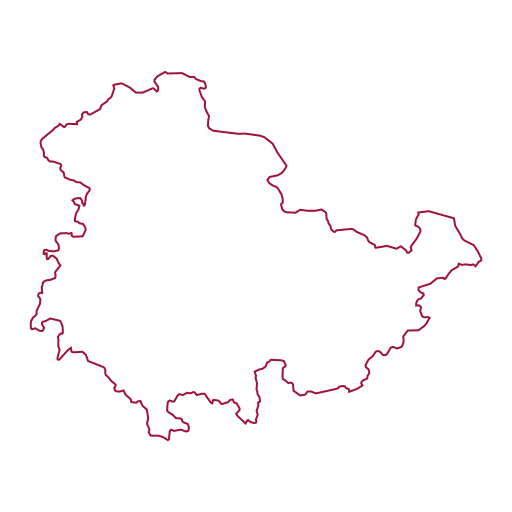 an SVG outline of Thüringen
{"feature_id": "DEU-1577", "entity_name": "Thüringen", "entity_type": "State", "adm_level": 1, "iso_a3": "DEU", "parent_name": "Germany", "parent_adm1": "", "projection": "albers", "projection_center": [10.909, 50.922], "detail": "fine", "context": "isolated", "style": "outline", "palette": "rose", "viewbox_px": 512, "rotation_deg": 0, "n_neighbors": 0, "source": "natural_earth", "source_scale": "10m", "svg_char_len": 5914}
<svg xmlns="http://www.w3.org/2000/svg" viewBox="0 0 512 512"><path d="M44.6,157.0L43.8,155.7L44.0,153.3L43.2,149.6L41.5,147.5L40.6,143.2L40.5,142.2L41.7,139.3L53.0,130.0L54.9,127.8L58.2,126.0L59.8,123.9L64.1,127.1L64.8,126.9L66.7,124.3L69.1,123.8L77.1,124.2L76.7,121.9L80.8,119.7L82.4,116.7L82.0,115.1L82.3,113.9L83.6,112.4L86.8,112.0L88.3,114.3L90.4,114.5L100.0,109.1L101.7,105.0L107.0,101.5L108.1,99.5L110.7,97.6L111.8,96.0L114.3,88.4L113.4,85.9L113.5,84.9L121.0,83.4L122.5,83.7L130.2,87.8L135.8,92.6L142.7,92.6L152.5,88.3L153.5,88.3L156.8,91.5L158.1,90.3L158.2,87.1L154.3,81.2L154.6,79.6L157.4,76.4L165.2,71.9L167.7,73.5L182.1,73.1L189.4,76.9L194.1,77.0L196.1,79.1L201.4,81.3L203.6,81.3L204.9,82.9L205.6,85.1L205.9,87.5L205.2,88.3L203.7,88.7L200.6,87.7L199.4,89.0L199.5,90.4L201.8,97.0L205.1,101.4L204.8,107.4L207.3,113.1L209.0,115.9L208.1,121.7L207.9,125.9L209.2,128.3L213.5,130.8L238.3,133.8L245.2,133.6L260.1,135.7L264.2,137.1L272.7,143.7L277.1,152.0L286.5,165.8L285.1,169.0L281.8,173.0L277.7,175.3L269.5,177.0L267.4,180.1L269.3,183.2L272.9,185.6L276.4,186.9L278.1,188.7L281.6,194.6L282.6,198.8L282.8,202.5L281.0,204.3L282.2,209.0L283.8,211.1L286.5,212.3L295.4,212.7L300.3,209.8L307.7,210.8L315.2,210.8L321.7,209.5L325.9,212.6L326.3,213.7L326.6,218.8L328.1,221.3L328.5,223.2L330.4,226.0L331.3,229.5L333.5,231.5L334.7,232.0L336.7,230.3L351.3,228.9L353.2,229.2L356.7,231.9L364.7,235.4L367.1,237.6L368.1,240.6L369.6,242.3L374.9,245.1L375.3,247.4L375.7,247.8L387.0,245.9L396.4,248.7L400.9,246.3L406.1,250.5L407.3,252.7L408.7,252.8L411.6,250.3L410.9,248.1L411.2,246.0L416.7,238.6L420.4,231.5L420.4,229.7L419.6,228.1L418.2,226.7L415.6,225.7L415.2,224.8L415.9,219.5L418.6,214.4L418.3,212.5L428.7,211.2L453.9,218.3L455.3,226.0L460.4,234.5L462.2,238.4L464.4,240.5L473.7,245.1L477.7,251.2L481.3,258.5L481.3,260.4L478.6,262.0L475.6,266.3L473.3,264.4L470.8,265.0L465.5,264.4L462.0,264.9L458.8,263.7L458.1,266.4L451.6,270.3L448.3,274.3L445.5,278.7L444.4,278.9L444.3,278.3L442.6,277.7L436.7,278.5L430.4,283.7L418.6,287.5L418.4,290.1L420.5,292.3L423.2,293.4L423.8,294.9L421.2,298.4L419.1,298.9L417.4,300.3L416.2,303.3L416.2,305.6L418.9,305.3L420.7,306.6L421.0,307.4L420.2,311.0L421.4,314.6L422.5,316.5L424.3,317.3L428.0,317.1L429.6,317.8L426.4,323.6L424.5,325.8L418.5,330.3L407.8,330.5L403.3,336.4L403.6,341.5L402.5,345.5L401.3,347.0L396.9,348.5L393.3,346.9L390.8,347.5L387.2,353.7L385.5,355.2L382.7,354.9L380.5,352.1L379.2,351.4L377.7,351.1L375.8,351.6L372.4,356.5L368.6,359.5L365.9,364.3L365.6,365.6L365.9,367.2L368.4,369.2L369.1,371.1L369.3,373.3L367.6,375.7L367.2,378.5L363.3,380.3L361.5,381.9L361.2,383.4L362.5,385.5L357.1,388.8L349.2,391.8L349.0,389.4L345.9,387.9L344.7,386.2L342.7,386.0L338.9,386.8L338.2,388.2L335.3,389.1L315.9,393.4L311.1,391.5L307.5,391.5L305.3,394.6L300.3,395.5L293.9,391.0L293.5,390.3L293.0,384.4L292.2,383.1L290.4,382.6L288.4,383.1L284.6,379.9L283.0,379.2L282.5,376.8L282.8,368.2L285.3,366.3L285.8,365.2L283.8,361.1L281.1,360.3L270.7,359.8L269.2,361.7L267.1,362.7L265.7,366.5L262.4,368.8L259.2,369.5L254.7,371.7L256.0,375.8L255.6,377.8L257.0,383.3L256.5,389.6L257.3,391.4L257.5,393.9L259.5,397.2L260.0,401.1L259.7,401.8L258.1,402.5L258.4,405.5L256.6,410.8L257.7,414.9L256.0,419.2L256.3,421.7L256.0,422.6L254.2,423.1L250.4,422.0L248.1,420.0L247.3,420.5L245.6,423.5L237.5,415.9L236.2,413.8L239.4,410.2L239.7,408.7L236.6,403.3L233.9,402.4L233.0,399.8L232.4,399.5L230.1,400.0L228.0,402.2L222.1,404.0L220.8,403.5L220.0,402.1L218.0,400.5L213.6,399.9L212.9,400.3L212.6,402.6L212.0,403.4L210.3,402.0L204.7,393.8L202.1,393.7L196.8,395.1L194.7,392.5L193.4,392.0L190.8,393.3L187.1,392.8L182.7,395.1L179.3,394.1L177.7,395.4L174.2,401.4L173.1,401.7L169.7,400.5L168.3,401.5L167.6,403.0L167.1,410.6L168.4,412.2L172.8,414.8L176.0,418.2L180.9,418.5L181.8,419.3L182.4,421.3L183.2,422.2L187.8,424.0L188.9,427.2L188.6,430.1L187.7,431.2L185.8,431.5L180.8,429.6L174.2,430.9L171.0,429.7L169.8,431.1L168.9,439.3L167.9,440.1L162.4,436.8L158.3,435.7L150.9,435.7L148.9,432.8L148.8,431.5L149.4,430.0L149.3,429.0L147.3,424.5L147.1,423.6L148.2,418.1L146.8,409.5L142.6,405.9L140.4,401.0L137.7,401.4L136.1,402.7L131.4,402.1L130.7,399.2L126.3,395.4L124.9,393.5L123.6,390.5L119.5,391.6L116.3,391.3L115.0,390.4L114.2,388.0L115.6,385.8L115.8,385.2L115.4,384.4L111.1,380.8L108.2,377.0L105.9,375.1L105.3,373.7L105.3,370.1L104.6,368.1L103.7,367.2L88.1,361.0L85.9,354.9L82.5,351.8L73.1,352.3L71.5,351.7L70.9,347.9L68.2,349.8L59.2,359.7L57.9,359.6L57.5,358.9L57.6,357.2L59.6,350.0L58.2,346.0L58.5,339.7L57.9,336.8L60.1,333.9L61.1,333.4L62.3,333.7L62.9,332.6L62.6,326.7L60.9,322.0L59.9,320.8L50.3,318.5L45.9,320.9L42.6,321.9L42.0,323.0L42.0,324.4L44.1,327.8L43.0,330.3L42.0,331.0L39.7,330.8L35.1,328.3L32.1,329.3L30.9,328.3L30.7,323.2L31.3,320.6L33.2,317.3L35.1,316.1L36.6,314.1L36.5,311.0L40.0,303.8L40.4,299.1L38.0,295.8L38.9,293.4L41.0,292.6L42.0,293.1L42.2,292.6L41.7,287.4L42.9,284.0L42.9,282.6L44.3,281.3L46.7,280.3L49.9,280.0L54.9,278.1L55.4,277.2L55.6,274.6L55.0,272.7L55.5,271.6L60.4,265.5L58.5,262.9L56.7,258.7L52.8,255.6L50.6,256.0L48.3,258.9L47.2,259.2L46.6,257.2L46.8,254.2L46.6,253.3L46.2,253.1L44.9,254.3L43.8,254.0L43.6,253.1L43.9,250.8L44.4,250.0L46.3,249.7L48.0,250.7L53.7,251.4L58.2,250.4L59.0,248.3L58.6,245.1L57.0,242.3L55.9,241.4L55.5,239.8L55.9,236.3L60.0,233.4L66.9,233.1L68.6,233.8L71.4,233.0L71.8,233.9L71.6,235.5L73.3,236.8L82.7,236.3L85.6,230.1L85.7,229.2L85.1,227.3L83.1,223.9L79.7,223.4L77.8,221.8L74.9,221.2L74.7,220.3L75.8,214.5L76.6,212.4L78.7,209.0L79.4,205.7L74.8,204.1L73.8,201.7L72.5,200.3L73.9,199.1L77.4,198.1L80.2,198.1L82.1,200.7L82.1,202.8L83.4,204.0L83.8,205.6L84.2,205.5L84.9,204.5L85.9,196.6L86.8,194.0L89.2,191.0L89.9,189.2L89.5,188.1L84.1,185.3L80.2,182.4L76.3,182.1L73.9,180.5L70.4,179.8L64.9,177.4L64.4,176.6L63.7,172.5L61.1,170.4L60.3,168.9L60.4,167.5L61.2,165.4L60.5,164.0L53.0,161.5L50.0,161.5L48.2,160.0L47.0,157.8L44.6,157.0Z" fill="none" stroke="#9f1239" stroke-width="2"/></svg>